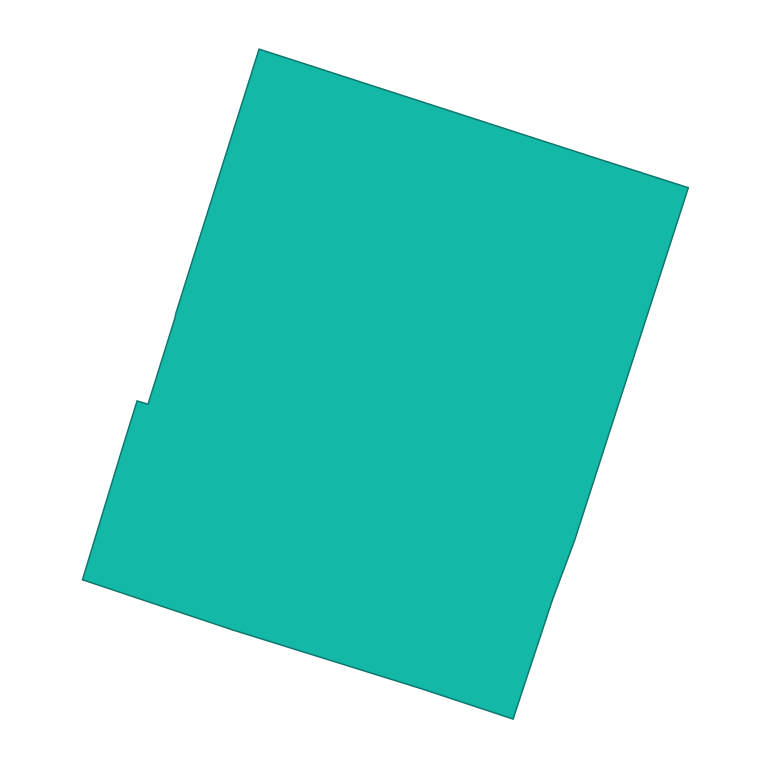 Champaign, Illinois, United States of America, rotated 198°
{"feature_id": "52423323B49146676442539", "entity_name": "Champaign", "entity_type": "district", "adm_level": 2, "iso_a3": "USA", "parent_name": "United States of America", "parent_adm1": "Illinois", "projection": "natural_earth1", "projection_center": [-88.181, 40.14], "detail": "fine", "context": "isolated", "style": "filled", "palette": "teal", "viewbox_px": 768, "rotation_deg": 198, "n_neighbors": 0, "source": "geoboundaries", "source_scale": "gbopen_adm2", "svg_char_len": 375}
<svg xmlns="http://www.w3.org/2000/svg" viewBox="0 0 768 768"><g transform="rotate(198 384 384)"><path d="M157.1,231.0L154.4,294.1L154.6,381.4L155.2,664.7L252.4,664.3L606.3,663.9L604.4,444.5L603.8,387.3L603.2,381.7L602.2,291.8L613.6,291.6L613.0,244.2L610.3,104.6L451.6,103.3L254.6,105.7L157.7,105.2L157.1,231.0Z" fill="#14b8a6" stroke="#0f766e" stroke-width="1.5"/></g></svg>